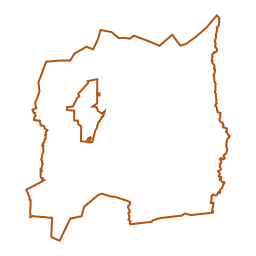 Shurugwi, Midlands, Zimbabwe
{"feature_id": "62879985B74735389049647", "entity_name": "Shurugwi", "entity_type": "district", "adm_level": 2, "iso_a3": "ZWE", "parent_name": "Zimbabwe", "parent_adm1": "Midlands", "projection": "natural_earth1", "projection_center": [30.229, -19.744], "detail": "fine", "context": "isolated", "style": "outline", "palette": "amber", "viewbox_px": 256, "rotation_deg": 0, "n_neighbors": 0, "source": "geoboundaries", "source_scale": "gbopen_adm2", "svg_char_len": 5774}
<svg xmlns="http://www.w3.org/2000/svg" viewBox="0 0 256 256"><path d="M133.8,35.7L129.9,38.6L123.9,38.0L118.7,38.1L114.6,34.7L113.4,33.5L111.3,32.0L109.0,31.6L100.6,30.0L97.8,39.5L93.2,49.3L86.3,46.7L81.7,49.5L74.6,53.5L70.1,60.7L67.6,60.5L60.9,60.5L46.3,61.7L44.9,65.0L44.6,66.3L43.2,69.0L42.7,71.2L38.4,82.4L39.5,91.3L36.4,100.1L35.7,101.2L35.0,103.6L36.3,108.2L33.3,109.3L32.5,109.9L32.5,110.4L32.9,110.8L33.2,111.4L33.7,112.9L34.7,112.9L35.0,113.0L34.8,113.4L35.2,114.4L35.6,114.9L35.5,116.1L34.5,116.9L34.3,117.9L34.3,118.6L34.1,118.7L33.9,119.4L34.0,120.0L34.6,120.3L35.4,120.2L35.7,120.4L36.4,120.2L37.6,120.7L38.2,120.4L39.0,120.7L39.7,120.5L40.1,120.8L39.9,121.9L40.1,122.8L40.6,123.8L40.5,124.9L40.9,125.5L41.4,125.3L42.5,125.8L43.2,125.7L43.7,125.8L44.3,126.3L44.6,128.0L45.1,128.8L46.2,129.7L47.2,129.9L47.4,130.0L47.3,130.4L46.6,131.1L45.8,132.3L45.7,132.8L46.2,133.9L46.1,134.5L45.3,135.0L45.1,135.3L45.5,136.2L45.7,138.5L45.5,138.9L44.9,138.9L44.6,139.3L44.5,140.8L44.2,141.3L43.9,142.6L43.5,143.1L42.8,143.6L42.3,145.1L42.3,145.6L43.3,145.4L43.4,145.6L42.9,148.0L43.1,148.7L43.4,149.2L43.3,150.4L43.3,151.6L42.2,154.3L42.0,157.1L41.1,159.7L41.9,160.5L42.2,160.6L42.3,161.2L41.9,162.2L42.8,163.5L42.8,163.8L42.4,164.4L42.1,165.2L41.6,168.1L40.3,169.4L40.3,169.6L40.8,170.0L41.5,170.2L41.8,170.4L41.9,170.7L41.9,171.1L41.6,171.4L41.3,171.4L41.0,171.1L40.8,171.1L40.6,171.3L40.6,172.3L40.7,174.2L40.6,176.5L40.9,177.4L41.2,177.7L42.9,178.2L42.1,179.6L42.1,180.3L42.4,180.3L43.1,179.9L44.1,180.2L40.7,182.2L26.3,189.7L29.5,197.1L29.6,199.7L30.6,200.2L30.5,207.2L30.1,210.5L30.4,215.0L30.3,217.1L32.9,216.0L35.8,216.6L38.7,216.6L40.6,216.9L44.0,217.0L49.3,217.8L51.5,217.6L52.1,217.9L51.3,235.1L51.4,237.0L56.0,239.2L59.7,240.6L70.3,218.6L81.5,216.2L81.9,215.2L82.9,211.0L83.6,208.9L84.0,206.9L88.2,203.3L88.4,203.3L97.8,195.2L101.9,193.6L110.7,196.5L114.7,196.7L122.1,199.1L129.6,201.8L130.0,202.4L129.9,203.9L129.4,205.2L128.5,205.6L128.3,205.8L128.1,206.6L128.1,207.3L129.0,209.6L129.7,210.5L129.9,211.5L129.9,211.9L129.1,212.4L128.4,213.3L128.4,213.8L129.0,214.9L129.4,215.9L129.2,216.7L129.4,218.0L128.4,219.6L128.6,220.0L130.2,221.1L130.6,221.5L129.9,222.8L130.2,224.3L151.8,221.8L152.9,220.3L157.8,218.8L160.7,218.1L170.3,216.9L180.1,215.8L181.4,215.8L184.9,213.5L190.9,215.1L213.0,212.6L213.1,211.2L212.1,210.8L213.6,203.0L213.4,202.7L212.5,202.8L211.5,203.2L210.8,203.1L210.6,202.7L211.6,199.5L211.6,198.2L211.4,197.2L211.4,196.5L211.6,196.0L211.9,195.8L212.1,196.3L212.3,196.2L212.5,194.9L212.9,194.5L213.6,194.6L215.5,195.4L216.4,195.3L217.1,194.7L218.2,192.3L218.6,191.9L219.3,192.8L219.9,192.8L220.3,192.2L220.2,190.0L220.5,189.2L221.3,188.9L221.8,188.2L223.1,185.6L223.2,184.6L224.4,183.1L224.3,182.2L224.2,182.0L223.7,181.9L223.1,182.4L222.7,182.4L220.7,179.9L220.2,180.1L219.8,180.0L219.7,179.6L219.9,179.3L221.0,178.6L221.3,177.7L221.2,176.9L221.0,176.7L220.6,176.7L219.8,177.2L218.8,176.5L218.7,175.9L219.8,173.9L218.9,172.2L218.0,171.2L218.3,170.8L219.6,170.7L219.9,170.5L220.7,169.8L221.1,169.0L220.7,168.1L220.0,167.2L220.2,165.9L219.6,165.2L219.6,164.5L220.2,163.5L221.1,163.0L221.2,162.7L221.2,161.7L221.4,161.1L221.1,160.8L220.8,160.6L220.7,160.0L219.9,159.5L220.0,159.3L220.3,158.4L220.5,158.3L221.0,158.2L221.5,158.3L222.8,159.1L223.6,159.4L224.0,159.2L224.6,158.4L224.7,158.0L224.4,157.3L223.8,156.6L223.5,156.1L224.0,155.5L224.4,154.2L225.6,153.7L226.5,152.6L227.2,149.7L227.1,149.4L227.0,148.8L227.2,148.3L226.2,146.4L226.3,145.4L226.2,144.8L226.6,144.2L226.4,142.5L226.7,141.4L227.5,138.8L228.0,138.2L228.8,137.7L229.7,136.1L229.5,135.8L228.7,135.7L228.0,134.0L227.1,132.8L226.9,132.0L226.6,131.6L226.1,131.8L226.0,131.7L226.2,130.9L226.9,130.0L226.9,129.5L226.7,128.9L226.8,128.5L225.0,127.8L224.4,127.3L223.8,127.3L223.3,127.5L222.8,126.0L223.3,125.5L223.4,125.2L223.3,124.3L222.7,123.9L222.6,123.5L222.4,123.3L222.4,123.0L222.3,122.5L221.6,122.4L221.3,122.1L220.3,121.7L219.5,120.4L219.4,119.2L220.1,117.9L220.4,116.9L220.1,114.5L220.5,113.6L220.5,112.9L218.4,112.5L217.6,111.9L217.5,111.6L217.4,110.7L217.0,110.3L216.9,109.9L217.1,109.1L216.9,108.5L216.5,106.9L215.2,105.6L215.2,105.4L215.8,104.4L216.7,103.3L216.6,102.9L216.2,102.2L216.1,101.4L216.6,99.7L216.2,99.0L215.9,97.4L216.0,96.2L215.8,94.8L215.9,93.8L215.0,92.6L215.0,91.4L215.5,90.1L215.3,89.0L215.6,87.1L215.3,85.9L215.4,85.0L215.7,83.9L214.5,81.5L214.0,76.9L213.5,75.0L214.5,73.3L215.2,69.7L215.2,69.4L214.1,69.1L214.0,68.9L214.1,68.0L214.4,67.5L214.4,65.4L213.5,64.2L212.6,63.4L212.6,62.8L212.3,62.2L212.5,61.6L212.5,61.4L211.9,61.1L211.6,60.7L211.8,60.3L212.1,60.2L211.9,58.9L212.1,58.2L211.9,57.6L212.3,57.0L212.3,56.5L212.7,56.2L212.2,55.1L212.2,54.6L212.8,53.6L214.4,53.1L214.4,52.8L213.9,52.5L213.9,52.3L216.1,51.7L216.6,51.0L217.1,50.7L216.9,48.9L216.0,47.6L215.3,47.4L215.0,46.1L215.7,44.7L215.4,42.7L214.6,41.0L215.4,39.2L216.1,37.1L215.9,36.5L215.9,34.5L216.9,31.1L216.8,30.0L217.1,28.7L216.7,27.3L217.8,27.0L218.7,25.6L218.8,23.9L219.4,21.7L218.9,20.2L219.6,18.5L217.2,15.6L216.8,15.4L206.4,27.7L196.2,36.5L186.1,43.9L180.3,45.6L172.3,34.8L161.2,44.2L160.8,44.7L159.5,45.8L155.6,44.1L148.7,41.2L133.8,35.7ZM67.1,107.1L72.9,106.5L77.1,98.1L79.3,96.4L78.3,93.8L88.1,83.0L87.6,81.1L97.3,79.2L97.1,93.7L99.5,93.3L99.5,95.4L97.2,95.4L97.1,103.4L92.7,106.5L94.6,106.6L96.8,107.4L97.2,109.0L98.0,111.0L102.0,113.6L104.7,111.2L104.2,113.2L103.3,116.0L102.8,116.5L101.6,116.9L101.3,118.6L100.1,120.2L99.6,121.4L99.4,121.3L99.1,121.4L98.3,122.2L98.2,123.6L97.8,124.7L97.1,125.8L97.2,126.7L96.9,127.8L96.6,128.2L96.4,129.0L95.9,129.3L95.3,130.4L92.3,142.2L88.6,142.4L90.2,139.4L91.0,138.1L90.4,137.2L88.4,138.3L86.4,141.9L80.9,141.2L81.2,126.2L78.4,124.5L77.8,120.7L74.2,120.4L74.2,110.6L67.1,110.1L67.1,107.1Z" fill="none" stroke="#b45309" stroke-width="2"/></svg>